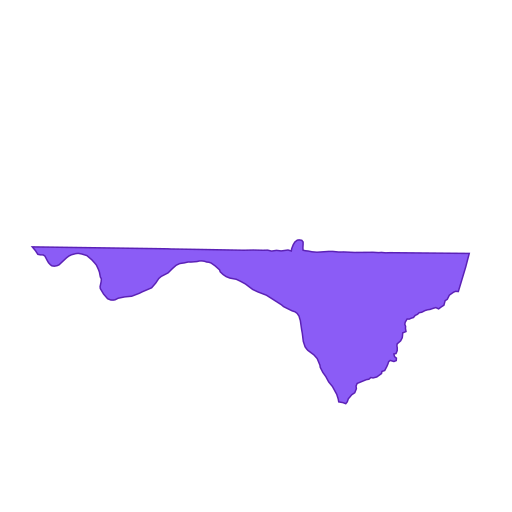 São Pedro da Água Branca, Maranhão, Brazil (Albers equal-area conic projection), rotated 39°
{"feature_id": "56859067B57838857219680", "entity_name": "São Pedro da Água Branca", "entity_type": "district", "adm_level": 2, "iso_a3": "BRA", "parent_name": "Brazil", "parent_adm1": "Maranhão", "projection": "albers", "projection_center": [-48.406, -5.139], "detail": "fine", "context": "isolated", "style": "filled", "palette": "violet", "viewbox_px": 512, "rotation_deg": 39, "n_neighbors": 0, "source": "geoboundaries", "source_scale": "gbopen_adm2", "svg_char_len": 2598}
<svg xmlns="http://www.w3.org/2000/svg" viewBox="0 0 512 512"><g transform="rotate(39 256 256)"><path d="M268.4,238.7L265.0,242.4L261.4,244.1L257.9,247.1L250.1,253.1L242.9,259.2L206.9,287.3L185.2,304.3L183.1,305.8L172.9,313.8L76.4,389.7L81.4,390.7L85.4,392.0L87.7,390.8L89.9,389.1L92.0,388.9L96.4,390.8L99.0,391.8L101.8,392.2L103.6,392.1L105.7,390.8L107.5,388.7L108.5,386.8L109.9,376.6L110.6,373.8L111.8,371.2L114.4,367.6L116.2,365.8L119.1,364.2L124.3,362.1L130.9,362.3L135.3,363.0L137.7,363.5L142.0,365.6L144.5,367.1L148.3,370.3L150.2,371.1L151.8,373.4L154.1,377.9L155.5,379.3L161.5,381.5L167.6,382.6L170.8,381.6L172.7,380.2L174.0,378.8L175.5,375.5L179.7,370.4L184.7,365.5L188.8,358.4L190.2,355.3L194.9,346.4L195.1,340.2L194.6,334.7L195.2,331.5L198.3,324.4L198.9,318.9L199.2,316.9L199.8,313.4L201.4,310.0L202.9,308.3L204.6,306.5L207.0,303.4L209.4,301.5L211.8,299.2L213.6,297.5L215.3,295.3L217.0,293.9L219.1,292.6L221.5,291.7L223.3,290.5L225.6,289.7L230.5,289.4L236.4,289.7L238.1,290.8L242.1,291.1L245.8,290.8L249.6,289.6L255.3,286.5L259.4,285.5L265.3,284.4L274.4,284.1L279.8,282.8L288.8,279.9L306.5,277.9L309.2,278.0L312.4,277.3L318.6,275.9L321.5,274.8L324.1,274.7L327.4,275.7L329.0,276.9L331.0,278.2L337.8,284.5L340.6,286.9L346.5,292.6L351.3,295.7L353.9,296.4L355.7,296.7L363.2,296.4L368.1,297.2L374.4,300.6L376.0,302.1L381.2,304.4L386.2,305.8L391.7,308.1L397.5,309.3L405.8,312.7L409.9,315.4L412.1,317.3L415.9,315.2L418.7,314.3L418.7,311.9L417.6,308.8L417.7,306.7L417.7,303.7L418.8,300.1L417.5,295.9L415.6,294.1L414.8,291.4L419.6,282.6L421.3,280.7L421.7,278.2L423.7,277.1L426.0,274.0L427.5,268.3L426.5,266.5L428.1,264.0L427.2,259.5L426.4,256.7L425.6,254.7L426.0,252.7L429.6,251.2L430.8,249.0L429.4,247.0L427.0,247.0L424.8,245.4L426.2,243.7L425.3,240.7L423.6,238.5L422.0,237.1L421.0,235.5L421.8,230.9L421.1,227.5L420.0,225.7L418.4,223.4L420.1,220.3L417.8,218.3L416.5,216.5L414.6,215.4L413.6,213.5L413.1,209.9L414.8,208.6L415.8,206.6L417.1,204.7L417.1,202.0L418.2,199.7L418.5,197.4L420.2,195.4L421.7,192.0L423.2,189.8L424.8,188.1L426.3,185.7L428.2,182.9L431.2,182.2L432.1,178.7L433.0,176.0L431.1,171.7L431.9,169.3L430.9,164.7L432.3,159.8L433.3,157.9L435.6,156.3L425.9,132.6L420.1,119.8L358.3,168.9L354.7,172.0L351.2,174.3L349.2,176.2L344.7,179.4L330.4,191.2L321.7,197.6L317.9,200.8L312.8,204.1L309.8,206.5L303.6,212.3L301.0,214.7L297.0,217.4L293.4,219.3L291.3,220.7L289.0,221.9L287.4,220.3L285.4,217.5L283.8,215.5L281.7,215.0L279.4,216.3L278.1,217.7L277.4,220.7L277.8,223.7L279.1,227.8L280.3,229.9L277.1,231.2L272.4,236.2L268.4,238.7Z" fill="#8b5cf6" stroke="#5b21b6" stroke-width="1.5"/></g></svg>